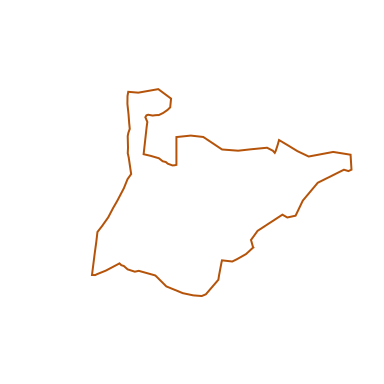 outline of Daura, Katsina, Nigeria, rotated 38°
{"feature_id": "59680162B94433697734962", "entity_name": "Daura", "entity_type": "district", "adm_level": 2, "iso_a3": "NGA", "parent_name": "Nigeria", "parent_adm1": "Katsina", "projection": "natural_earth1", "projection_center": [8.275, 12.981], "detail": "fine", "context": "isolated", "style": "outline", "palette": "amber", "viewbox_px": 384, "rotation_deg": 38, "n_neighbors": 0, "source": "geoboundaries", "source_scale": "gbopen_adm2", "svg_char_len": 1471}
<svg xmlns="http://www.w3.org/2000/svg" viewBox="0 0 384 384"><g transform="rotate(38 192 192)"><path d="M288.2,146.9L284.6,130.5L285.4,107.3L298.0,80.9L302.4,79.2L303.9,76.2L294.0,65.0L278.6,73.5L262.1,92.2L249.9,94.9L238.6,96.2L228.6,97.5L230.1,101.1L231.1,103.7L231.6,105.1L232.2,106.8L232.7,108.2L233.1,110.2L230.3,109.7L223.9,110.9L212.1,122.1L203.0,131.0L189.5,140.0L167.0,141.7L156.3,148.3L145.9,158.3L163.0,180.2L161.6,181.9L160.2,183.1L155.5,184.6L154.9,184.6L152.9,184.5L150.0,185.8L145.1,185.8L137.1,189.0L130.6,192.0L115.7,167.8L113.7,164.3L109.2,161.8L108.9,159.6L109.9,158.1L113.9,156.0L116.4,153.5L118.5,151.8L120.6,147.5L122.2,142.3L122.7,138.7L118.0,131.3L102.1,131.7L88.5,146.8L80.1,152.3L82.1,156.1L86.9,162.4L93.9,169.6L100.0,176.3L104.1,180.6L105.4,184.5L106.9,187.5L114.3,196.5L117.5,201.0L120.8,203.7L133.0,215.3L133.3,221.6L136.0,231.0L138.6,245.3L139.7,253.2L141.6,263.6L141.9,270.4L142.1,274.1L142.1,281.7L147.4,290.4L152.5,299.2L164.3,319.0L166.9,317.0L167.7,315.3L172.5,307.0L174.7,302.1L177.8,295.2L178.8,292.9L181.3,293.2L183.8,292.3L188.9,292.6L196.0,290.0L198.6,286.9L211.9,281.4L214.4,280.4L215.9,280.5L229.9,282.2L247.0,277.4L256.6,272.7L263.7,268.0L265.9,264.1L266.8,244.9L264.6,241.0L262.5,236.9L258.6,229.3L257.7,227.4L266.5,222.0L268.7,217.5L272.8,207.6L274.3,198.5L274.5,198.0L273.9,197.8L269.3,194.4L268.0,193.5L268.0,192.9L267.6,182.2L277.2,154.2L282.8,153.4L288.2,146.9Z" fill="none" stroke="#b45309" stroke-width="2"/></g></svg>